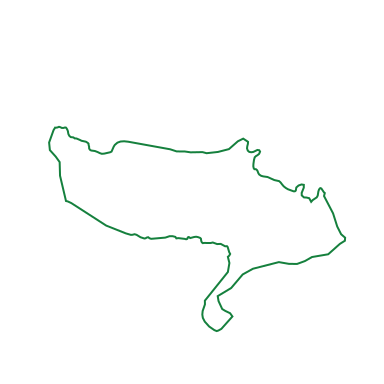 outline of Ilam, rotated 146°
{"feature_id": "IRN-3221", "entity_name": "Ilam", "entity_type": "Province", "adm_level": 1, "iso_a3": "IRN", "parent_name": "Iran", "parent_adm1": "", "projection": "equal_earth", "projection_center": [46.793, 33.074], "detail": "fine", "context": "isolated", "style": "outline", "palette": "green", "viewbox_px": 384, "rotation_deg": 146, "n_neighbors": 0, "source": "natural_earth", "source_scale": "10m", "svg_char_len": 2704}
<svg xmlns="http://www.w3.org/2000/svg" viewBox="0 0 384 384"><g transform="rotate(146 192 192)"><path d="M83.5,123.5L82.8,122.6L82.8,117.9L82.5,116.9L84.8,114.8L87.0,95.4L90.9,82.2L92.0,73.6L90.6,68.5L92.5,66.1L98.4,66.3L113.9,64.2L128.9,71.0L137.0,71.6L145.1,73.6L151.8,78.2L159.2,85.3L184.4,94.3L196.1,95.3L213.2,90.5L228.9,91.3L231.0,86.7L232.4,78.1L230.9,74.8L228.2,70.2L228.1,66.2L244.2,62.1L247.6,62.4L249.3,62.9L250.7,65.0L253.0,70.9L253.9,77.4L253.4,81.6L252.0,84.6L249.7,87.4L244.1,91.6L242.1,94.7L207.0,105.6L200.7,112.2L198.5,118.2L196.8,118.4L195.0,119.3L194.8,121.3L193.2,126.4L193.3,127.5L194.9,128.5L197.2,132.9L200.3,134.8L203.0,138.5L205.1,139.3L210.6,143.1L211.6,143.5L212.0,144.7L211.8,146.0L210.7,148.4L211.0,149.5L212.3,151.3L213.6,152.6L215.4,153.5L219.2,154.8L219.4,155.2L219.5,155.8L219.9,156.5L220.6,156.7L221.1,156.6L221.6,156.0L222.3,155.8L223.1,156.0L223.7,156.5L224.1,157.1L229.1,161.4L230.9,162.3L230.9,164.1L232.7,166.1L235.3,167.9L239.6,169.1L252.0,176.0L253.1,177.4L253.6,179.0L254.9,179.5L256.4,179.6L257.5,180.1L260.0,183.3L261.9,187.5L263.2,189.1L265.2,189.8L266.6,190.6L270.0,194.7L281.9,212.1L298.3,250.4L300.3,253.7L301.5,255.0L292.3,279.3L285.0,290.8L285.2,297.6L286.4,306.2L282.8,312.9L272.2,320.7L269.5,321.9L269.3,321.6L267.3,320.7L265.8,320.4L264.9,319.3L264.1,317.9L262.8,317.0L261.2,316.5L260.5,315.9L260.4,314.8L260.6,312.9L261.0,311.5L261.6,310.3L262.1,309.0L262.3,307.1L261.8,305.3L259.8,303.6L259.2,301.9L258.3,301.4L257.6,300.6L255.8,297.8L255.4,297.1L255.0,296.3L251.9,293.1L251.5,292.3L250.8,290.5L250.8,289.8L251.2,289.3L252.1,286.8L252.7,286.1L253.0,285.2L252.9,283.7L252.3,282.7L249.6,280.3L247.9,277.9L246.7,275.8L245.4,274.1L243.3,272.9L237.6,270.7L236.1,270.5L231.5,273.4L229.7,274.2L226.2,274.6L223.0,273.8L219.9,272.0L216.7,269.3L186.2,239.6L182.0,234.2L175.4,229.7L170.8,225.5L170.4,225.3L161.0,219.2L158.2,216.0L148.1,210.7L137.4,206.9L125.6,208.4L119.7,207.6L117.5,202.3L117.5,202.2L118.8,200.6L120.5,199.1L122.0,197.4L122.6,195.1L122.1,193.2L120.6,191.8L118.7,190.9L114.3,190.3L112.9,189.0L113.0,187.4L115.0,186.1L117.2,185.9L118.9,186.0L120.6,185.7L122.7,183.9L125.4,180.9L126.8,179.0L127.5,177.3L127.5,176.0L126.3,175.2L125.9,174.0L125.9,172.9L126.5,170.3L126.5,168.9L125.6,166.7L124.2,165.1L121.0,162.2L117.1,155.9L113.7,152.3L113.2,150.3L113.1,148.1L112.8,145.4L112.0,142.9L110.9,140.6L107.5,135.9L107.2,135.6L106.9,135.4L106.5,135.2L106.4,135.1L105.9,135.0L105.4,135.1L104.9,135.4L103.0,137.4L100.0,137.8L97.0,137.0L95.3,135.4L96.9,133.1L101.6,129.9L102.9,127.8L102.2,124.9L100.1,123.3L98.3,121.3L98.7,117.2L96.5,117.8L91.6,117.8L89.8,118.7L86.9,121.8L85.2,123.1L83.5,123.5Z" fill="none" stroke="#15803d" stroke-width="2"/></g></svg>